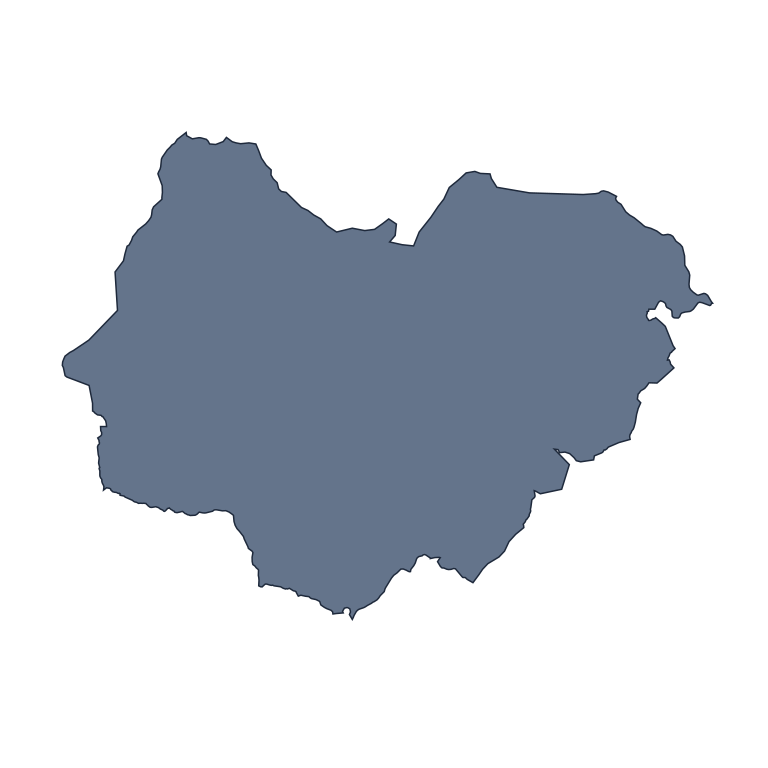 the district of Techiman Municipal, Brong Ahafo, Ghana, rotated 4°
{"feature_id": "2480657B78695952433486", "entity_name": "Techiman Municipal", "entity_type": "district", "adm_level": 2, "iso_a3": "GHA", "parent_name": "Ghana", "parent_adm1": "Brong Ahafo", "projection": "robinson", "projection_center": [-1.972, 7.526], "detail": "fine", "context": "isolated", "style": "filled", "palette": "slate", "viewbox_px": 768, "rotation_deg": 4, "n_neighbors": 0, "source": "geoboundaries", "source_scale": "gbopen_adm2", "svg_char_len": 6142}
<svg xmlns="http://www.w3.org/2000/svg" viewBox="0 0 768 768"><g transform="rotate(4 384 384)"><path d="M104.2,446.2L104.7,450.3L105.7,452.0L105.8,453.8L105.8,454.4L105.0,455.6L102.2,457.8L103.7,460.3L103.8,461.6L104.3,462.6L104.1,463.8L103.2,464.7L102.6,466.4L102.6,467.1L103.9,474.5L105.0,477.5L104.8,482.8L106.3,487.3L105.8,487.7L105.7,488.3L106.6,490.5L106.9,494.9L107.1,495.9L107.9,497.5L109.1,498.8L109.4,501.2L110.0,502.7L111.1,504.4L111.8,506.1L111.6,509.4L114.4,506.9L117.5,507.2L118.5,507.7L118.8,508.7L120.0,509.5L120.3,510.1L120.8,510.4L122.9,510.8L124.5,510.8L126.6,511.7L127.8,511.5L128.4,511.9L128.3,513.2L128.5,513.4L132.4,513.9L133.7,514.9L141.2,517.6L142.4,518.5L143.5,519.0L145.5,519.3L147.4,520.2L149.3,519.9L151.6,519.9L152.5,519.7L154.9,519.8L155.5,520.6L156.6,521.3L157.2,522.0L159.3,523.3L161.0,523.3L165.1,522.3L166.1,522.7L167.6,523.0L169.5,524.3L172.2,525.3L173.1,526.2L173.8,526.4L174.4,526.1L175.0,525.5L176.2,524.1L176.6,523.3L178.2,522.9L178.4,522.6L180.2,524.0L181.0,524.3L182.2,525.1L183.5,525.5L184.0,526.4L184.6,526.6L186.5,526.8L189.6,525.9L190.9,525.4L192.0,525.2L194.8,527.2L195.7,527.3L197.0,528.1L198.6,528.3L199.8,528.7L204.7,528.1L205.8,527.5L206.6,526.9L208.6,524.7L212.0,525.2L213.9,525.2L215.3,525.0L221.8,522.9L223.3,521.6L224.1,521.3L225.9,521.2L231.6,521.8L235.1,521.4L238.5,522.6L242.2,524.9L243.0,525.6L244.0,531.7L245.4,535.4L247.5,538.6L250.2,541.2L254.4,545.9L255.4,548.4L259.6,555.8L260.2,557.5L264.0,559.9L265.0,561.3L264.5,566.0L264.9,570.3L265.6,572.7L265.8,573.3L267.8,574.5L269.4,576.3L271.3,577.7L271.8,578.4L272.0,583.7L272.6,586.0L273.0,588.6L273.1,594.1L275.0,594.9L276.6,594.9L279.1,592.2L279.9,591.8L281.0,591.8L284.5,592.6L286.2,592.7L287.0,592.4L288.3,593.0L295.0,593.5L297.7,594.8L300.1,595.4L300.9,595.0L302.0,595.2L303.9,594.4L308.0,596.6L309.6,596.8L310.8,597.4L311.1,598.2L313.3,601.6L315.8,600.5L320.6,601.2L323.3,601.3L324.2,601.5L325.2,602.4L326.5,603.1L331.2,603.8L334.6,605.2L335.1,605.6L336.4,608.8L340.1,611.0L342.6,612.1L346.9,613.4L348.6,614.8L349.1,617.0L352.3,616.3L359.3,615.2L358.5,613.7L360.1,610.4L362.6,609.6L363.5,609.7L365.5,610.6L366.3,612.9L366.4,614.0L365.6,616.4L368.8,621.1L369.7,618.9L370.3,616.9L372.2,613.0L373.3,611.6L374.9,610.4L379.4,608.5L380.9,607.6L383.0,606.0L386.7,603.7L388.3,602.3L389.1,602.0L392.1,599.8L393.6,597.9L395.0,595.4L398.7,591.1L399.3,588.3L399.8,587.1L405.0,577.1L407.1,574.1L410.2,571.5L413.7,567.5L416.1,567.2L419.2,568.2L421.4,569.2L422.5,569.5L423.5,569.3L423.7,567.1L426.4,563.1L427.7,560.3L428.6,556.6L429.0,555.5L430.6,553.8L434.1,552.7L435.0,551.7L436.4,551.3L437.6,551.6L442.4,554.4L442.4,554.9L446.8,553.6L451.1,553.1L452.2,553.3L449.8,557.5L453.0,562.1L454.6,563.4L456.6,563.4L459.6,564.4L461.5,564.6L463.9,564.2L466.4,563.2L468.2,563.4L475.3,570.8L476.2,571.5L478.6,571.4L480.6,573.1L486.6,576.0L491.9,567.7L495.3,561.9L500.1,556.0L510.8,548.5L515.9,542.3L519.7,532.5L525.8,524.8L533.5,517.5L533.2,515.7L532.7,514.1L534.4,511.8L535.3,509.3L535.9,509.0L538.0,505.5L538.0,503.9L539.0,501.5L539.2,500.4L538.8,498.7L539.1,496.9L539.6,489.2L542.1,486.6L542.5,485.2L541.3,479.9L542.5,480.2L547.6,482.6L568.6,476.6L574.5,451.5L558.5,437.1L562.2,437.3L564.0,440.2L569.3,439.3L574.1,440.5L578.7,444.2L581.2,447.1L585.6,447.9L598.4,445.1L598.9,441.0L606.0,437.5L607.0,436.7L608.2,434.4L609.3,434.4L611.1,432.9L611.4,432.3L612.2,431.3L622.5,426.0L633.4,422.1L632.9,420.2L632.7,418.9L633.0,417.1L633.9,415.5L634.5,413.6L635.8,411.6L636.4,409.7L637.4,404.5L638.1,396.7L639.0,392.2L639.2,390.9L641.4,384.8L637.8,381.5L638.2,376.3L639.2,375.2L640.5,373.0L644.3,370.3L646.2,367.8L648.3,364.3L656.3,364.0L660.4,359.9L672.1,347.7L668.5,344.2L667.9,342.0L666.7,340.0L665.1,340.4L665.5,338.0L666.4,336.2L667.2,333.3L668.7,332.2L668.8,331.7L671.9,328.4L669.7,325.6L660.6,306.9L657.1,304.0L650.4,298.9L649.7,299.6L647.5,300.4L645.8,301.7L644.1,302.2L643.5,302.1L643.2,301.3L641.5,299.2L641.0,297.0L641.7,294.9L641.4,293.5L642.8,293.0L643.0,290.9L648.9,290.5L652.2,283.3L654.1,281.7L656.9,282.5L658.2,283.3L659.2,284.2L659.9,286.5L660.9,287.9L664.9,289.7L666.1,291.2L666.8,296.3L668.1,297.5L669.6,297.8L673.0,297.6L674.2,296.3L675.1,293.5L676.3,292.3L679.4,291.2L684.0,290.3L685.4,289.5L687.4,287.7L691.5,281.3L693.1,280.4L695.6,280.7L703.5,283.0L704.3,282.6L705.2,280.8L706.2,280.5L704.8,279.0L700.7,273.0L698.5,271.6L696.8,271.3L691.3,273.5L690.0,273.3L686.1,270.9L683.3,268.5L681.9,266.4L681.3,263.2L681.4,254.1L680.3,250.9L675.8,244.6L674.9,235.3L672.1,226.5L669.8,224.1L665.3,221.2L661.9,216.6L659.5,215.3L656.8,214.9L652.5,215.9L650.7,215.7L645.5,212.4L639.4,210.1L633.5,208.9L631.5,207.6L629.6,206.1L621.9,200.7L617.1,198.3L613.1,195.3L607.9,188.2L604.4,186.3L602.5,184.1L602.1,182.4L602.9,180.6L594.3,176.9L589.6,176.0L587.3,176.6L584.9,178.6L581.7,179.4L569.5,181.1L515.8,183.2L482.9,179.9L476.8,171.6L475.1,167.0L465.4,167.2L459.8,165.6L451.2,167.7L444.4,174.9L435.4,183.4L430.8,195.4L425.7,203.0L419.2,214.3L408.5,229.9L403.9,244.2L392.5,243.8L379.7,241.9L384.8,235.1L385.2,223.6L377.2,219.0L371.6,224.0L363.8,230.4L354.1,232.3L341.5,230.8L326.1,235.7L316.1,230.0L309.4,223.7L302.1,220.3L296.0,216.2L289.4,213.7L273.0,199.7L268.2,199.1L265.3,196.7L263.4,190.7L259.2,187.1L256.7,183.4L256.5,178.3L251.3,174.1L246.0,167.3L242.7,160.0L239.4,153.5L232.5,152.9L224.2,154.3L219.7,153.8L215.7,152.9L209.6,149.0L206.7,153.4L199.4,156.8L193.3,156.7L191.5,153.9L189.7,152.3L184.0,151.2L182.2,151.2L175.7,152.8L169.8,150.1L169.1,146.9L160.7,154.4L158.4,158.5L155.7,160.4L153.9,162.9L151.5,165.6L147.0,173.2L146.3,175.2L146.1,182.9L145.6,185.4L144.4,188.1L143.8,190.1L148.9,201.6L149.6,208.5L149.4,213.5L149.6,215.2L141.8,223.3L140.6,226.5L140.4,231.3L139.9,233.9L137.8,237.5L135.1,241.0L127.8,247.6L126.7,249.6L123.1,254.7L122.1,258.4L120.0,263.1L118.1,264.5L116.5,272.4L115.5,279.3L107.9,291.0L113.0,329.2L86.5,360.8L71.8,372.3L68.3,374.5L63.9,378.4L62.9,381.1L61.9,384.4L61.8,387.9L63.0,389.9L65.3,397.9L67.2,399.2L89.9,406.0L94.6,423.5L95.2,431.3L96.2,431.7L97.6,433.1L100.4,434.8L104.0,435.0L105.0,436.1L105.8,436.2L108.9,440.1L109.7,442.8L110.2,445.8L104.2,446.2Z" fill="#64748b" stroke="#1e293b" stroke-width="1.5"/></g></svg>